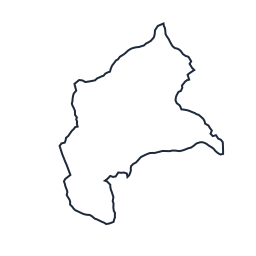 the district of Álvares Florence, São Paulo, Brazil, rotated 62°
{"feature_id": "56859067B7861185161013", "entity_name": "Álvares Florence", "entity_type": "district", "adm_level": 2, "iso_a3": "BRA", "parent_name": "Brazil", "parent_adm1": "São Paulo", "projection": "mercator", "projection_center": [-49.909, -20.294], "detail": "fine", "context": "isolated", "style": "outline", "palette": "slate", "viewbox_px": 256, "rotation_deg": 62, "n_neighbors": 0, "source": "geoboundaries", "source_scale": "gbopen_adm2", "svg_char_len": 2560}
<svg xmlns="http://www.w3.org/2000/svg" viewBox="0 0 256 256"><g transform="rotate(62 128 128)"><path d="M195.5,56.2L192.3,54.5L185.1,51.0L182.0,51.5L179.8,53.3L175.7,53.7L174.9,57.0L171.8,57.8L169.7,55.2L166.3,55.7L163.6,55.8L160.4,57.8L157.7,57.2L155.5,57.2L152.6,58.2L149.6,59.4L148.0,61.0L146.1,62.1L143.3,64.5L141.2,66.2L138.6,69.2L136.6,72.1L134.1,71.8L132.2,71.8L129.0,73.3L126.0,73.1L123.5,71.4L122.0,69.8L119.8,66.5L120.1,63.9L117.9,61.1L115.9,60.5L113.8,55.6L113.5,53.5L114.0,51.3L109.0,50.4L108.5,48.1L107.9,42.3L105.0,43.2L100.3,43.5L98.8,40.9L93.5,41.2L91.5,43.2L88.6,44.8L85.2,45.2L83.1,45.9L81.3,47.0L79.3,49.2L76.9,50.2L74.7,50.4L71.2,50.4L68.5,50.3L65.9,50.7L62.9,50.8L59.6,49.4L57.0,48.5L54.6,48.4L52.4,47.6L51.9,53.8L54.4,58.3L57.6,60.3L60.1,62.6L61.8,67.0L61.9,69.3L61.9,72.5L62.6,75.3L62.1,77.5L61.7,80.1L60.5,83.0L59.7,86.2L59.4,88.6L59.7,91.7L60.5,94.6L61.0,97.3L61.3,101.7L62.7,104.7L62.7,106.9L64.4,110.4L65.4,112.7L67.4,115.2L69.8,117.5L69.4,119.5L69.3,122.4L70.4,125.1L70.0,127.1L69.9,129.3L69.7,131.9L70.4,134.8L69.0,139.5L67.4,144.1L64.7,145.8L62.7,148.6L63.3,151.5L63.9,154.6L70.7,156.2L72.1,159.7L73.7,161.3L75.9,163.0L78.0,164.3L80.1,166.1L82.0,166.5L84.4,166.5L87.9,166.8L91.6,168.6L94.7,168.2L96.1,169.7L98.3,169.9L100.6,171.3L103.1,171.8L102.4,174.2L103.5,176.5L104.1,178.8L105.6,181.9L106.9,184.2L107.6,187.4L109.2,188.5L111.2,190.7L110.4,194.0L111.7,196.8L119.9,198.3L127.9,199.2L131.8,199.5L142.4,200.9L143.5,207.2L145.0,209.6L147.7,210.0L150.4,210.7L154.1,211.1L156.1,211.6L158.4,213.6L160.9,213.5L163.8,213.3L166.0,213.7L168.4,215.1L171.2,214.2L173.4,213.9L175.8,213.2L177.4,211.9L179.6,210.3L181.9,208.6L183.7,207.0L185.5,204.8L186.7,202.7L188.9,201.3L192.4,199.9L194.5,198.0L197.5,195.9L200.2,193.7L202.6,192.3L203.6,189.1L204.1,184.9L202.3,183.2L200.8,181.5L198.7,180.5L197.0,179.4L194.5,179.4L191.6,178.4L187.6,176.1L185.5,175.9L182.1,173.3L179.6,172.9L177.1,172.4L174.6,172.1L172.3,171.5L169.7,170.3L165.3,171.6L163.7,173.1L163.3,170.1L162.0,166.2L164.2,164.1L165.0,161.6L162.7,157.5L164.5,154.8L165.4,152.5L167.7,150.4L171.0,151.5L170.3,149.2L168.4,146.9L166.6,145.2L164.8,144.5L163.1,143.1L162.2,140.3L162.2,137.1L161.2,134.2L159.7,130.3L159.8,127.3L159.9,124.2L160.4,120.3L162.6,116.0L163.7,111.6L164.4,108.6L166.1,105.4L167.9,102.3L168.8,99.3L170.4,96.5L172.6,93.4L173.5,90.0L173.9,87.0L174.2,84.1L174.9,81.5L174.5,78.1L173.8,74.9L174.3,71.8L175.1,69.5L176.6,67.8L178.7,66.2L181.9,64.7L184.1,63.3L186.7,62.1L189.4,61.6L192.4,60.4L194.8,58.8L195.5,56.2Z" fill="none" stroke="#1e293b" stroke-width="2"/></g></svg>